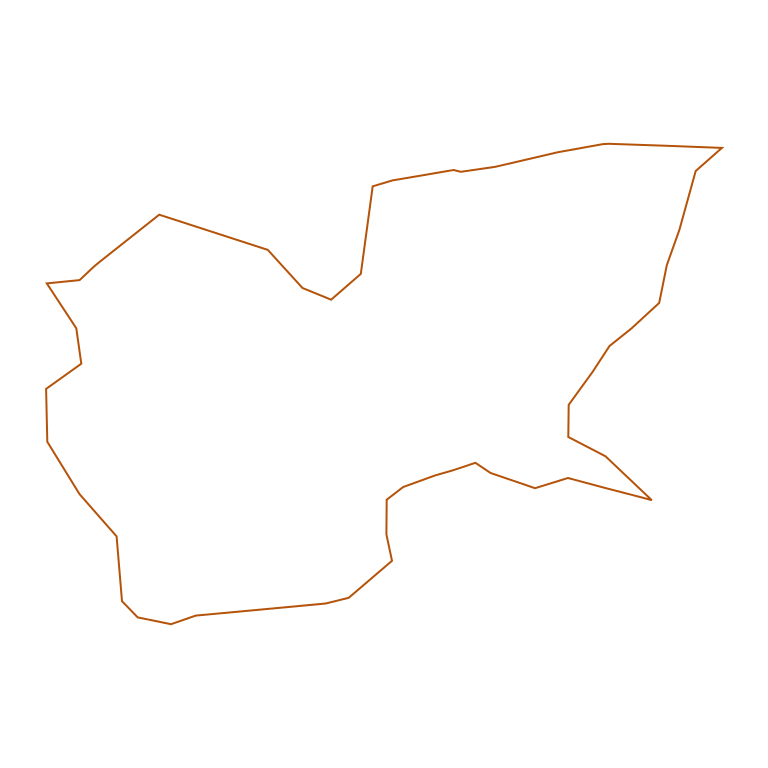 outline of Bamboutos, Ouest, Cameroon
{"feature_id": "32672807B7261733805593", "entity_name": "Bamboutos", "entity_type": "district", "adm_level": 2, "iso_a3": "CMR", "parent_name": "Cameroon", "parent_adm1": "Ouest", "projection": "albers", "projection_center": [10.332, 5.666], "detail": "fine", "context": "isolated", "style": "outline", "palette": "amber", "viewbox_px": 768, "rotation_deg": 0, "n_neighbors": 0, "source": "geoboundaries", "source_scale": "gbopen_adm2", "svg_char_len": 788}
<svg xmlns="http://www.w3.org/2000/svg" viewBox="0 0 768 768"><path d="M46.8,283.4L76.3,328.3L81.3,363.7L51.8,384.8L46.1,388.9L47.3,441.8L79.5,494.1L116.6,536.4L122.0,601.2L137.7,617.4L171.0,624.2L195.7,615.6L325.7,603.5L348.7,597.8L392.0,560.8L386.4,534.4L386.7,499.7L403.2,487.0L434.9,475.5L452.6,470.4L475.4,462.8L490.6,473.0L535.0,488.2L567.9,478.0L607.2,488.5L645.3,498.4L651.8,500.2L605.5,456.3L568.3,437.0L568.7,404.8L592.5,372.0L609.5,346.0L631.5,328.4L659.2,302.9L666.8,265.2L679.4,229.8L695.7,171.0L721.9,147.9L667.2,145.8L609.0,143.8L603.0,144.1L558.0,152.2L495.3,166.8L460.8,171.8L453.5,170.0L392.5,180.4L372.7,186.3L360.8,273.9L331.1,299.7L302.5,288.0L267.8,249.9L159.2,214.7L99.7,261.8L93.8,266.7L79.6,280.1L46.8,283.4Z" fill="none" stroke="#b45309" stroke-width="2"/></svg>